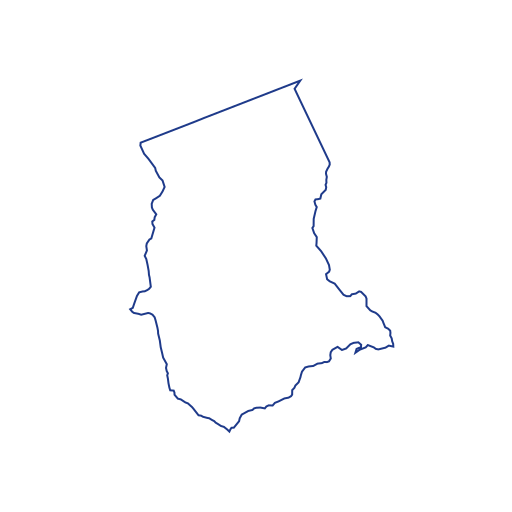 São João do Soter, Maranhão, Brazil (orthographic projection), rotated 134°
{"feature_id": "56859067B40043130772660", "entity_name": "São João do Soter", "entity_type": "district", "adm_level": 2, "iso_a3": "BRA", "parent_name": "Brazil", "parent_adm1": "Maranhão", "projection": "orthographic", "projection_center": [-43.73, -5.032], "detail": "fine", "context": "isolated", "style": "outline", "palette": "blue", "viewbox_px": 512, "rotation_deg": 134, "n_neighbors": 0, "source": "geoboundaries", "source_scale": "gbopen_adm2", "svg_char_len": 2859}
<svg xmlns="http://www.w3.org/2000/svg" viewBox="0 0 512 512"><g transform="rotate(134 256 256)"><path d="M225.8,94.3L223.9,96.3L222.8,98.7L221.0,101.2L220.0,104.2L217.9,105.9L216.5,107.6L216.5,110.4L217.5,113.6L216.5,115.8L215.6,117.9L214.6,119.9L214.0,123.2L213.6,125.3L213.5,127.9L213.8,130.6L215.2,134.0L215.7,136.1L215.3,141.7L209.9,146.9L208.9,149.1L208.8,155.5L209.8,157.2L213.7,158.1L217.0,160.5L219.4,160.3L222.0,162.9L223.1,166.1L222.3,172.4L221.2,180.2L223.0,185.4L223.3,188.7L220.4,193.0L216.5,192.5L214.6,193.4L211.8,197.2L209.2,204.0L207.3,212.5L206.7,219.8L204.7,221.4L200.2,225.4L199.2,230.0L196.7,234.9L194.5,235.3L189.2,240.3L182.2,244.5L178.6,246.3L177.9,248.9L176.1,251.9L174.0,252.5L171.8,250.7L170.0,249.6L166.2,251.9L160.0,251.8L157.7,253.3L156.5,255.4L154.4,256.2L152.4,258.3L149.9,260.0L148.2,262.8L146.7,264.1L143.4,265.2L141.0,265.7L139.0,266.5L137.5,268.1L112.9,333.8L108.9,344.4L99.1,346.0L192.9,389.3L195.7,390.5L198.3,391.7L200.6,392.7L254.6,417.7L256.9,415.9L260.2,407.5L260.8,400.9L262.7,389.7L264.3,387.3L266.6,380.1L266.6,375.7L269.8,369.7L274.4,368.1L279.5,367.0L283.9,368.0L287.1,368.9L290.9,367.3L293.4,364.6L294.4,362.4L295.3,356.7L298.5,355.8L300.7,354.2L303.2,354.6L304.9,352.7L306.1,348.7L316.1,343.5L318.2,344.1L322.8,343.3L325.1,341.8L327.8,338.3L333.2,336.2L334.4,332.8L337.8,327.7L341.4,322.7L343.9,319.9L345.3,317.7L351.2,310.3L353.9,310.1L355.9,310.5L358.7,311.5L360.1,312.8L363.3,314.8L367.4,313.9L374.9,310.5L378.9,308.6L381.7,309.5L382.1,306.3L381.8,304.3L379.2,300.3L378.0,297.8L371.9,294.0L370.9,292.4L370.1,289.7L370.5,286.3L372.2,283.3L376.0,277.2L377.9,274.5L379.8,272.5L383.6,266.5L387.8,261.2L390.9,256.3L393.6,252.2L395.8,245.0L399.0,243.0L400.8,240.3L401.6,237.9L403.5,237.0L405.4,234.2L408.3,230.6L410.9,226.8L412.2,224.4L410.0,221.7L410.9,219.8L412.4,218.2L412.9,213.1L411.4,210.5L410.4,205.1L409.3,202.6L409.2,199.3L409.1,197.2L409.3,195.1L409.8,191.7L410.5,186.7L409.0,184.6L408.5,182.5L406.4,178.7L405.2,176.9L404.6,174.0L403.8,171.3L403.9,169.3L403.3,166.7L402.6,163.1L401.2,160.4L400.8,156.2L400.8,153.2L398.5,154.0L396.6,154.3L394.9,152.7L386.6,153.4L384.0,155.0L380.0,156.1L376.4,155.0L372.8,153.9L369.2,151.6L366.9,151.5L364.9,150.3L362.0,147.6L359.5,143.8L357.0,144.0L354.6,143.1L352.0,140.2L348.5,140.4L345.0,138.8L338.7,136.6L335.3,134.2L332.5,133.4L330.6,133.7L327.3,136.8L324.2,136.8L321.8,137.7L317.3,137.6L312.4,139.8L310.4,141.0L307.2,142.6L302.0,143.2L298.9,141.4L295.3,138.4L290.7,137.0L287.3,134.2L284.9,133.3L282.9,131.2L281.1,130.3L277.8,131.0L275.7,133.7L273.3,135.4L270.4,135.9L264.7,134.2L263.9,128.9L259.9,126.9L253.9,126.8L250.6,125.4L247.0,122.4L246.8,118.7L248.7,117.1L251.0,118.3L253.0,119.1L256.5,117.3L251.4,116.3L245.5,113.6L242.4,113.7L239.9,107.8L239.6,105.3L238.2,103.1L232.0,99.2L228.2,98.2L225.8,94.3Z" fill="none" stroke="#1e3a8a" stroke-width="2"/></g></svg>